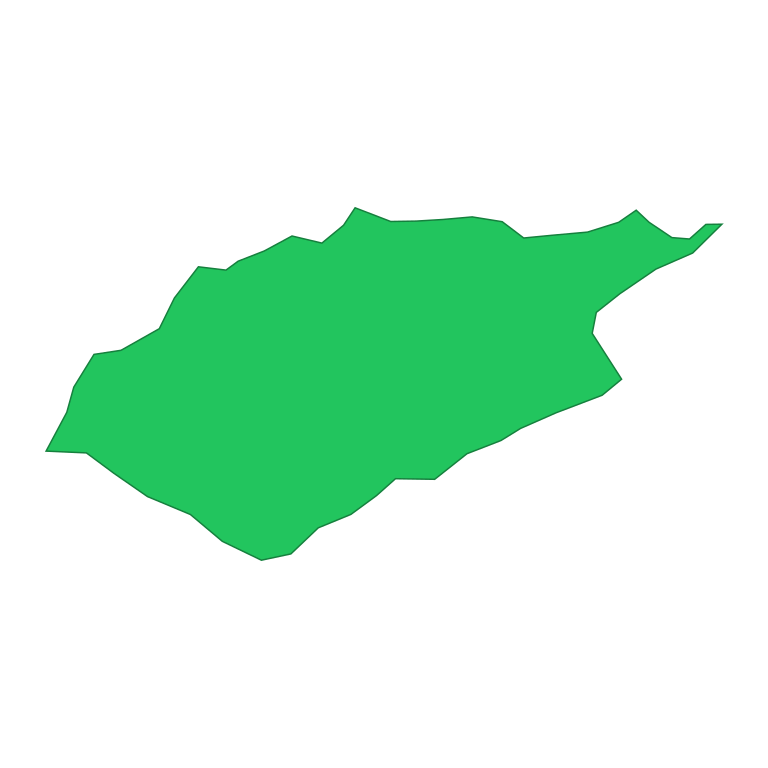 outline of Mingbulak, Namangan, Uzbekistan
{"feature_id": "79887680B504113599955", "entity_name": "Mingbulak", "entity_type": "district", "adm_level": 2, "iso_a3": "UZB", "parent_name": "Uzbekistan", "parent_adm1": "Namangan", "projection": "natural_earth1", "projection_center": [71.366, 40.766], "detail": "fine", "context": "isolated", "style": "filled", "palette": "green", "viewbox_px": 768, "rotation_deg": 0, "n_neighbors": 0, "source": "geoboundaries", "source_scale": "gbopen_adm2", "svg_char_len": 775}
<svg xmlns="http://www.w3.org/2000/svg" viewBox="0 0 768 768"><path d="M395.5,478.7L434.7,479.3L467.0,453.7L501.0,440.5L520.6,428.4L555.8,412.9L602.2,395.2L621.6,379.2L592.2,333.4L596.3,312.4L619.9,293.7L655.9,269.1L692.7,253.0L721.9,224.2L705.9,224.4L689.5,239.0L671.9,237.6L649.1,222.3L636.2,210.2L618.7,222.3L587.5,232.1L551.8,235.3L523.7,238.0L502.2,221.7L472.2,216.9L442.8,219.5L416.1,221.1L390.7,221.5L355.1,207.8L343.6,225.2L321.9,243.1L292.0,236.0L264.2,251.0L238.1,261.2L226.0,270.1L198.4,266.8L174.4,298.0L159.3,328.7L121.0,350.3L94.0,354.4L73.8,387.1L66.8,412.3L46.1,451.1L86.4,452.9L113.9,473.3L147.5,496.6L190.4,514.5L222.4,541.4L261.4,560.2L290.9,553.9L318.3,527.8L350.9,514.4L376.5,495.6L395.5,478.7Z" fill="#22c55e" stroke="#15803d" stroke-width="1.5"/></svg>